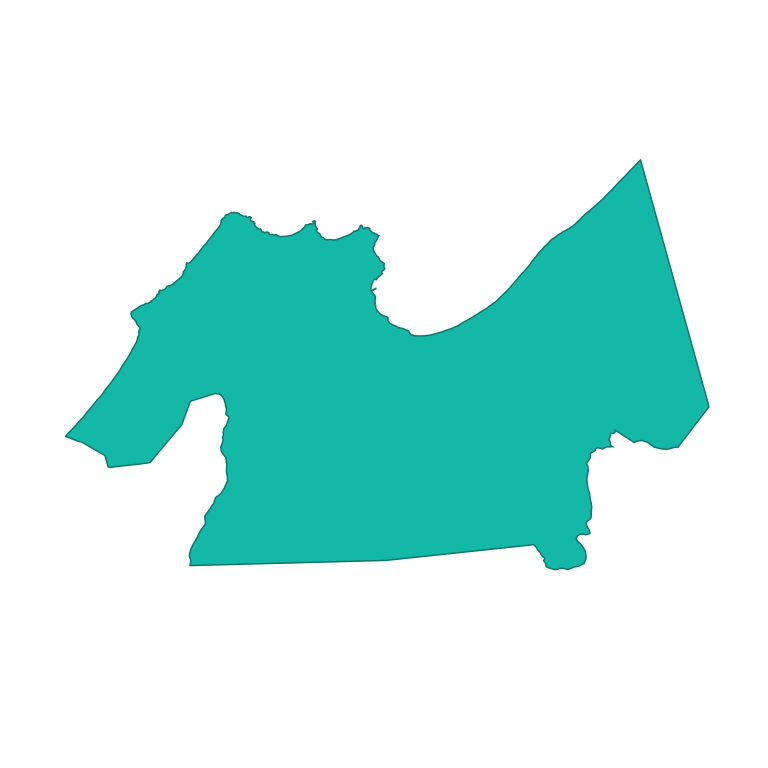 Paita, Piura, Peru (Mercator projection), rotated 85°
{"feature_id": "86281439B31634859634019", "entity_name": "Paita", "entity_type": "district", "adm_level": 2, "iso_a3": "PER", "parent_name": "Peru", "parent_adm1": "Piura", "projection": "mercator", "projection_center": [-81.063, -5.08], "detail": "fine", "context": "isolated", "style": "filled", "palette": "teal", "viewbox_px": 768, "rotation_deg": 85, "n_neighbors": 0, "source": "geoboundaries", "source_scale": "gbopen_adm2", "svg_char_len": 6166}
<svg xmlns="http://www.w3.org/2000/svg" viewBox="0 0 768 768"><g transform="rotate(85 384 384)"><path d="M548.0,593.1L559.9,397.5L557.1,248.9L559.6,246.8L561.0,246.0L562.6,245.6L565.5,243.1L567.1,242.7L568.7,241.7L571.3,239.4L572.2,239.3L572.9,239.5L573.6,240.3L574.1,240.3L576.2,238.8L579.8,238.4L580.2,238.1L581.0,237.0L583.6,230.7L583.8,228.8L583.7,226.8L582.9,224.5L583.1,221.6L584.4,218.6L584.7,216.2L582.9,210.6L582.4,205.8L580.5,201.2L580.4,200.4L575.5,198.0L573.0,197.7L568.2,198.0L565.7,198.9L560.1,202.3L557.7,205.0L555.4,205.9L554.2,205.7L552.5,204.9L550.8,202.2L550.6,200.5L551.8,195.8L551.2,193.1L550.6,192.2L550.0,191.8L547.0,192.5L544.6,193.7L542.6,194.4L540.7,194.7L539.2,194.2L538.3,193.3L536.6,190.6L534.9,189.3L532.9,188.9L529.3,188.8L525.1,187.8L521.8,187.9L515.7,188.7L510.6,188.7L507.8,189.6L504.5,190.1L496.5,190.3L492.6,189.4L488.4,188.0L484.2,188.2L482.1,188.6L480.7,189.2L479.2,187.7L476.2,185.4L474.8,184.7L471.8,184.7L471.1,184.2L470.6,183.5L469.2,180.2L468.6,179.4L467.3,179.1L466.6,178.3L466.3,177.1L466.7,174.1L467.7,172.2L466.1,167.8L466.4,161.8L465.1,163.4L463.0,163.7L461.8,163.6L459.2,164.6L457.8,164.2L455.4,162.9L454.3,163.2L453.7,163.0L453.1,161.9L453.3,160.2L453.0,159.6L451.9,157.9L450.1,157.7L464.0,140.0L463.0,136.4L462.7,132.3L464.5,127.7L465.2,126.4L470.5,120.2L472.7,113.4L473.7,108.4L473.3,104.3L472.5,100.8L472.4,98.8L472.8,96.9L435.1,62.3L426.2,63.8L183.3,108.9L185.4,111.7L198.0,125.9L203.5,132.5L210.0,139.6L215.8,146.7L218.5,149.5L228.1,162.4L232.0,168.3L241.8,180.3L245.7,186.7L245.7,187.7L246.9,189.5L248.0,192.6L249.3,194.6L249.7,195.9L251.2,198.6L252.7,200.6L254.4,204.0L256.1,206.3L258.3,208.5L261.3,212.5L263.8,214.8L266.0,217.4L275.1,226.2L277.8,228.2L280.1,230.4L288.2,239.2L300.5,251.8L312.2,266.0L313.3,268.2L318.4,276.6L320.3,280.8L326.2,292.0L329.7,300.3L332.7,305.9L333.1,307.8L334.6,311.5L335.7,316.5L337.2,321.9L339.2,332.9L339.4,335.8L339.5,341.3L338.9,347.4L338.6,349.3L337.1,352.8L335.8,353.7L333.0,355.1L331.4,358.8L330.4,360.1L329.0,365.1L327.3,367.2L325.8,370.2L323.8,373.1L322.5,373.9L320.9,374.7L320.3,374.8L319.3,374.0L318.2,374.4L317.5,375.2L315.6,379.2L314.6,380.8L311.9,383.3L307.9,385.6L305.5,385.5L304.1,386.1L303.6,386.1L302.9,385.5L301.4,385.9L300.8,385.6L296.4,385.1L296.0,384.8L292.6,387.2L290.3,388.2L288.4,383.8L288.0,383.9L290.0,388.4L288.5,388.9L285.5,388.1L280.1,385.7L278.6,384.0L279.5,382.7L276.2,379.6L276.4,379.3L273.9,376.0L273.1,376.5L272.1,376.6L271.4,376.2L270.3,374.1L269.4,373.2L267.2,373.8L265.1,373.7L264.5,373.1L263.7,373.6L260.8,377.1L256.8,378.8L255.9,379.9L254.6,380.8L249.9,382.8L247.5,383.1L246.6,382.9L245.1,381.4L242.2,380.8L240.4,378.9L236.7,376.9L235.8,376.2L235.2,377.3L234.2,378.1L233.6,380.1L232.8,380.5L232.2,382.3L230.7,383.5L229.6,384.7L229.3,384.8L228.3,384.4L227.7,384.8L227.1,385.9L227.1,386.5L226.5,387.3L227.2,388.9L226.5,389.4L227.6,390.2L227.6,390.8L226.5,391.7L225.3,391.7L224.0,392.5L223.9,393.2L224.6,394.2L225.0,394.3L225.4,394.0L225.8,394.1L227.1,395.5L228.2,396.1L229.3,398.8L229.1,400.9L230.2,401.4L231.6,404.1L232.4,405.9L235.5,416.4L236.1,419.4L236.1,421.9L235.4,424.8L235.3,429.1L234.9,430.0L232.8,431.9L231.9,433.7L228.4,435.2L227.9,436.2L226.9,437.3L225.6,437.9L225.1,437.9L224.1,437.0L223.4,436.8L220.5,438.9L219.3,438.5L218.1,438.8L216.1,438.2L215.6,438.5L215.4,439.0L215.8,440.8L217.3,440.3L218.1,440.7L218.6,441.4L218.6,441.9L218.1,442.6L217.9,443.6L218.5,444.9L218.7,447.8L219.0,448.4L219.7,448.7L221.4,450.3L222.2,451.8L223.7,452.9L224.8,455.0L227.5,462.1L227.9,463.5L227.9,464.9L228.4,467.8L228.1,472.7L228.2,474.7L227.0,477.2L225.8,478.4L225.8,478.9L226.3,479.8L225.2,481.9L225.3,484.7L224.9,485.3L223.4,485.5L222.4,487.0L222.4,487.8L222.9,489.3L222.0,490.8L222.0,492.3L220.7,492.5L218.9,493.4L218.7,494.0L218.8,495.1L217.0,497.2L215.3,498.6L214.0,498.9L212.8,498.6L212.7,499.7L211.1,499.5L210.4,500.8L209.9,502.5L207.7,502.9L206.8,501.8L205.7,502.8L205.6,503.9L206.0,504.8L206.0,506.0L205.6,506.5L204.7,506.8L204.6,507.6L205.0,508.2L204.6,509.4L202.5,512.6L200.9,514.5L200.7,516.8L199.9,518.3L200.2,519.7L199.7,521.0L201.5,524.5L201.8,526.7L202.7,527.7L203.5,527.8L204.6,528.8L205.0,530.2L206.3,531.5L207.1,532.0L207.6,531.7L208.7,532.4L210.6,532.7L213.2,534.5L217.5,539.0L222.1,543.0L226.3,547.1L228.3,548.6L231.2,552.0L237.2,557.2L239.0,559.6L240.8,561.1L241.7,562.3L242.6,562.9L245.8,566.3L246.6,568.0L246.6,568.9L246.3,569.7L246.9,570.4L247.6,570.7L248.9,570.5L251.0,571.3L253.4,572.6L254.8,574.3L256.3,574.1L258.6,575.4L261.0,578.4L266.1,585.7L267.4,588.5L267.5,590.7L267.8,591.6L269.8,593.1L270.9,594.6L271.6,597.9L270.9,598.8L270.9,599.2L272.2,600.2L273.3,600.2L274.7,600.7L274.8,602.0L276.7,602.9L278.9,604.9L279.6,606.4L280.6,607.4L280.8,608.6L281.2,608.5L281.6,609.0L283.2,612.1L283.0,614.2L284.4,617.0L284.5,618.5L285.4,620.6L286.8,622.7L287.3,624.1L288.3,625.5L290.1,629.2L290.6,629.1L291.3,629.8L291.7,629.6L292.4,629.9L294.8,629.5L295.9,628.5L297.0,628.3L297.9,626.9L299.2,626.4L300.6,625.3L302.4,625.1L305.1,623.4L306.6,622.1L308.3,622.6L309.5,623.5L311.1,623.8L313.6,623.7L314.4,624.1L315.9,625.3L318.1,625.9L320.9,627.1L327.4,631.6L331.5,634.1L335.5,636.9L342.8,642.9L347.0,645.7L359.5,656.4L365.2,662.0L369.6,665.5L372.5,668.2L375.4,671.6L384.0,679.8L386.5,682.8L391.1,686.6L395.2,691.7L398.2,694.4L406.7,704.3L408.4,705.7L415.0,692.3L415.1,691.0L415.4,690.3L431.0,668.2L442.5,666.0L443.2,664.3L443.1,660.5L442.7,648.7L442.5,636.0L441.9,624.0L406.9,589.0L384.3,578.4L378.7,552.9L379.1,551.8L379.6,549.3L380.2,547.9L381.4,546.8L384.9,544.8L389.5,543.8L391.5,543.8L395.3,543.1L399.8,544.1L401.4,543.4L402.2,542.3L402.7,542.1L403.2,541.4L404.0,541.2L412.4,545.2L413.5,546.7L415.1,547.6L418.8,548.5L421.1,548.5L423.3,549.3L425.3,549.1L427.5,549.7L432.6,552.1L436.9,551.9L440.9,549.7L443.0,548.2L445.8,547.8L448.0,547.9L449.2,547.6L458.5,548.6L462.7,548.1L466.8,548.4L474.6,552.6L477.8,555.1L480.2,557.7L481.0,558.7L481.5,560.6L482.5,561.5L485.1,562.9L488.4,564.1L489.8,565.7L492.4,567.5L499.5,573.7L502.0,574.2L505.2,573.9L508.2,574.3L513.2,578.8L518.2,582.2L520.1,583.1L527.7,588.5L531.9,590.9L537.7,592.9L539.0,592.8L542.8,591.8L548.0,593.1Z" fill="#14b8a6" stroke="#0f766e" stroke-width="1.5"/></g></svg>